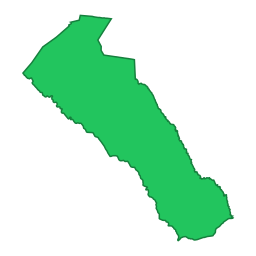 Yatta, Eastern, Kenya
{"feature_id": "3690345B64365899844795", "entity_name": "Yatta", "entity_type": "district", "adm_level": 2, "iso_a3": "KEN", "parent_name": "Kenya", "parent_adm1": "Eastern", "projection": "orthographic", "projection_center": [37.614, -1.242], "detail": "fine", "context": "isolated", "style": "filled", "palette": "green", "viewbox_px": 256, "rotation_deg": 0, "n_neighbors": 0, "source": "geoboundaries", "source_scale": "gbopen_adm2", "svg_char_len": 5882}
<svg xmlns="http://www.w3.org/2000/svg" viewBox="0 0 256 256"><path d="M31.8,62.7L23.0,73.0L23.1,73.5L24.2,74.6L24.4,75.3L25.3,75.7L26.5,77.3L27.7,78.3L28.1,78.3L29.4,78.8L31.1,77.9L31.6,78.1L32.3,79.6L32.8,80.4L33.1,81.5L32.5,82.2L32.2,82.7L32.3,83.3L33.2,84.5L34.0,85.1L35.4,86.8L36.7,88.1L37.7,89.5L38.8,90.5L39.6,91.0L39.9,91.8L40.2,92.2L40.6,92.4L42.0,92.5L42.3,92.9L42.8,95.1L43.9,95.7L44.6,96.5L45.5,96.9L46.0,96.9L46.9,96.1L47.4,96.0L47.7,96.1L48.5,96.8L49.3,97.1L49.8,97.1L51.2,95.8L52.2,95.9L52.4,96.2L52.4,96.6L51.8,97.6L51.9,98.9L52.1,99.4L53.3,100.2L53.1,101.3L53.4,102.0L54.2,102.5L56.0,102.2L56.6,102.6L57.1,103.4L57.2,104.0L57.2,104.6L56.5,105.8L56.8,106.6L57.7,107.0L59.2,106.8L59.8,107.0L60.1,107.4L60.1,108.3L60.4,108.7L61.7,108.6L62.0,108.8L62.1,109.7L61.6,110.1L61.4,111.6L61.5,112.5L62.2,113.1L63.4,113.1L64.1,113.5L64.9,114.7L68.1,118.6L68.6,118.9L69.1,118.7L69.7,118.2L69.7,117.6L70.0,117.2L70.7,117.2L71.0,117.6L71.0,118.1L70.6,119.2L70.8,119.6L71.3,119.6L72.1,119.4L72.6,119.4L72.9,119.7L73.9,121.4L75.3,123.1L76.6,123.3L77.8,122.8L79.5,123.4L80.8,123.2L81.2,123.4L83.2,126.0L83.7,128.2L85.4,129.4L86.5,131.9L87.2,132.3L92.5,132.6L92.9,132.8L93.3,133.2L94.9,136.2L95.4,136.6L97.4,137.2L98.2,137.6L98.7,138.7L101.1,141.7L104.4,146.4L105.6,149.0L107.0,151.0L107.9,153.0L110.1,156.4L110.9,156.4L112.9,155.7L115.7,155.7L116.6,155.9L117.1,156.1L117.8,157.0L118.8,159.4L119.1,159.9L119.9,160.5L120.3,160.7L121.8,160.7L123.6,160.4L125.1,161.5L127.6,161.3L128.0,161.6L128.4,162.5L129.2,163.6L130.1,165.5L130.9,166.7L132.1,167.2L134.7,167.4L135.9,169.8L137.3,170.8L138.7,172.4L139.1,174.6L140.2,175.9L140.5,177.6L140.9,178.6L141.8,179.1L142.8,180.3L143.0,180.9L142.9,181.9L143.2,183.5L143.0,184.8L143.2,185.4L145.1,186.4L147.1,187.0L147.3,187.4L146.1,188.9L145.9,189.3L145.9,189.7L146.2,189.9L147.6,189.7L148.0,189.8L148.3,190.3L148.6,192.5L148.2,193.8L148.1,194.6L148.5,195.4L149.7,196.8L151.1,197.0L152.8,198.0L153.5,199.1L154.7,199.8L155.2,200.4L155.8,201.9L156.5,202.7L156.5,203.4L156.0,204.4L156.0,204.9L156.5,206.2L156.2,208.4L157.3,210.3L158.0,212.6L159.1,213.7L159.3,214.2L159.3,218.6L159.6,218.9L162.5,220.2L163.9,220.4L165.3,220.4L165.6,220.6L165.9,220.9L166.0,221.5L166.3,221.9L167.7,222.2L168.1,222.4L168.4,222.9L168.7,224.3L168.2,225.3L168.4,225.8L171.0,225.9L172.0,226.1L172.7,227.0L173.5,227.5L174.1,228.8L175.3,229.5L175.6,229.9L175.9,231.3L176.5,231.9L176.7,232.9L177.5,234.3L178.5,235.6L178.7,237.5L177.8,239.7L177.8,240.2L178.2,240.6L179.6,239.6L181.0,237.8L183.5,236.8L185.6,236.6L186.0,236.7L188.6,238.5L189.9,238.5L190.7,238.9L192.3,238.8L193.6,239.7L194.7,240.0L197.2,239.6L203.2,237.5L204.5,237.4L207.4,236.5L211.4,236.0L212.9,235.7L214.0,234.0L214.5,233.8L215.4,232.2L215.5,230.3L215.7,229.4L216.0,228.9L217.2,227.8L219.5,226.4L221.7,223.8L223.1,223.0L223.5,222.1L228.2,218.8L228.9,218.5L231.9,218.4L232.7,218.2L233.0,217.9L231.7,217.3L231.6,216.9L231.8,216.5L232.4,216.1L231.2,215.8L231.0,215.0L230.1,214.7L230.4,213.6L230.3,213.2L230.4,212.7L229.6,210.5L230.0,209.9L230.0,209.4L228.9,208.3L228.8,207.9L229.0,206.6L227.8,205.7L227.8,205.4L228.1,204.9L227.3,202.1L227.5,201.7L227.5,201.3L227.1,200.7L226.6,198.9L226.8,197.6L226.3,195.9L226.5,195.1L226.3,194.8L224.9,195.1L224.1,196.0L223.7,195.7L223.6,195.0L224.0,194.3L223.2,192.7L223.2,192.2L222.5,191.6L221.3,189.7L220.7,189.7L219.8,187.5L220.2,187.2L219.9,186.7L219.4,186.6L218.1,186.8L217.8,186.0L217.5,185.8L217.3,185.5L217.4,184.9L217.0,185.0L216.5,185.4L216.2,185.2L215.0,183.1L214.6,181.9L213.7,180.1L212.7,180.3L211.6,179.7L210.4,178.7L210.1,178.6L209.5,178.9L209.2,178.4L209.3,177.8L208.3,178.0L206.8,177.8L206.4,178.0L206.1,178.4L204.9,178.8L204.5,178.1L204.2,177.8L203.6,178.0L203.4,178.6L202.1,178.9L201.6,178.9L201.5,178.5L201.1,178.4L200.1,178.4L200.0,178.0L200.6,177.1L200.4,176.4L199.9,175.5L197.9,174.6L197.7,173.6L197.0,172.7L197.1,172.2L196.3,172.0L195.9,171.6L195.3,172.1L195.0,172.0L194.7,171.7L194.4,170.6L194.7,169.4L194.2,168.5L193.8,168.3L193.5,167.3L191.8,163.9L191.0,163.3L191.0,162.9L191.6,162.3L190.9,161.1L191.4,159.6L190.3,159.2L189.9,158.9L189.4,157.1L188.9,155.9L188.5,155.6L187.9,154.8L188.0,153.4L187.7,153.2L186.9,153.3L186.4,152.9L186.3,152.5L186.7,151.7L186.4,150.9L186.4,149.3L185.2,148.8L184.4,148.9L184.1,148.6L184.1,147.5L183.6,146.9L183.6,145.6L183.2,144.4L182.6,144.3L182.3,143.3L181.4,142.4L181.5,141.3L180.8,140.7L179.8,140.8L179.7,140.3L179.0,139.6L179.0,138.9L179.4,138.5L178.8,136.7L178.1,136.1L178.4,135.8L178.2,135.2L177.8,134.9L177.9,134.2L177.4,132.7L177.5,131.2L177.3,130.9L176.4,131.3L175.9,131.2L175.6,130.8L176.3,130.2L176.0,130.0L175.4,129.9L175.1,129.4L175.7,127.9L175.4,127.5L175.3,127.0L175.0,126.5L174.3,126.0L173.9,125.0L173.5,124.6L170.8,124.2L170.4,124.0L170.3,123.6L169.8,123.4L169.5,122.4L168.3,121.1L167.9,121.2L168.0,120.8L167.8,120.4L167.3,120.3L166.8,119.6L166.1,119.1L166.0,118.7L165.2,117.7L165.7,117.5L165.8,117.2L165.6,116.8L164.8,116.8L164.4,116.5L163.3,114.1L162.8,113.9L162.6,113.6L161.5,112.6L160.9,111.6L160.9,110.7L160.5,109.7L160.0,109.5L159.3,108.8L158.8,108.8L158.3,108.4L157.9,106.9L157.3,105.7L157.2,104.5L156.5,103.7L156.3,102.9L155.7,102.2L155.7,101.7L155.3,100.8L155.1,99.9L154.6,99.3L153.3,95.8L152.5,94.4L151.9,93.8L151.8,93.0L151.5,92.6L151.1,92.4L150.4,91.5L150.2,91.1L149.3,90.2L149.2,89.7L148.8,89.0L147.9,88.5L147.9,87.6L147.7,87.2L147.1,86.8L147.0,86.4L145.8,85.7L145.5,85.1L144.1,84.4L143.8,84.6L141.9,84.0L141.2,83.3L139.7,83.6L139.0,84.2L138.4,83.7L138.1,83.3L138.1,81.8L137.6,80.5L137.1,79.8L136.5,79.2L135.7,79.3L135.3,79.1L134.4,59.7L133.7,59.5L131.4,59.1L103.9,55.1L102.9,53.5L101.1,50.4L101.2,46.4L97.8,40.0L111.3,18.8L106.6,18.2L106.3,18.4L104.2,17.9L102.3,18.0L99.8,17.5L98.2,17.5L94.2,16.9L92.3,16.4L80.3,15.4L79.2,20.2L70.9,22.2L71.3,22.4L71.2,23.5L70.9,23.9L68.8,25.0L68.9,25.7L69.2,26.0L56.2,37.3L42.8,46.9L31.8,62.7Z" fill="#22c55e" stroke="#15803d" stroke-width="1.5"/></svg>